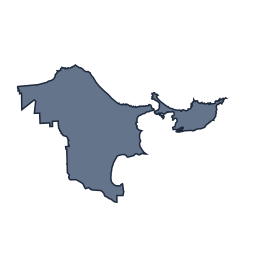 Bass Coast, Victoria, Australia, rotated 170°
{"feature_id": "25037944B92127790017854", "entity_name": "Bass Coast", "entity_type": "district", "adm_level": 2, "iso_a3": "AUS", "parent_name": "Australia", "parent_adm1": "Victoria", "projection": "orthographic", "projection_center": [145.362, -38.485], "detail": "fine", "context": "isolated", "style": "filled", "palette": "slate", "viewbox_px": 256, "rotation_deg": 170, "n_neighbors": 0, "source": "geoboundaries", "source_scale": "gbopen_adm2", "svg_char_len": 5837}
<svg xmlns="http://www.w3.org/2000/svg" viewBox="0 0 256 256"><g transform="rotate(170 128 128)"><path d="M199.8,187.1L209.1,186.3L229.3,188.0L229.7,186.9L229.3,186.2L229.7,185.8L228.7,184.7L228.9,184.2L229.7,184.2L229.8,183.9L229.1,184.1L228.8,183.7L229.1,183.4L228.5,182.7L228.8,182.3L228.6,181.9L228.8,180.5L227.0,180.8L226.9,180.2L229.4,164.4L215.5,171.9L214.3,170.4L217.7,158.7L212.4,158.0L213.8,147.8L204.2,146.6L204.7,143.0L202.0,142.6L201.3,147.7L195.6,146.9L196.2,142.0L196.2,139.5L195.9,139.3L195.6,137.1L195.3,137.1L195.0,136.2L194.5,135.7L194.8,134.4L194.1,134.1L193.8,132.6L193.0,132.4L192.6,131.5L190.3,130.5L189.5,129.5L189.2,129.0L189.3,128.1L188.5,126.5L189.1,126.6L189.7,121.6L189.1,121.5L189.2,120.1L192.7,120.5L192.8,118.0L192.0,117.8L194.0,104.2L194.4,103.5L194.1,103.5L195.5,94.4L194.5,93.1L194.0,91.7L195.0,89.9L194.9,89.0L194.6,88.8L194.7,88.1L193.8,87.0L188.3,86.2L186.3,84.7L183.1,82.0L181.8,80.3L181.0,76.8L180.3,75.6L177.3,76.1L175.9,75.0L175.7,74.1L175.2,74.1L174.3,73.3L165.6,71.1L164.2,69.6L163.0,67.6L162.9,65.7L162.3,64.6L161.2,64.1L158.6,61.6L157.4,61.2L154.5,57.9L151.8,56.8L150.7,63.4L144.6,62.4L143.1,66.5L143.4,67.4L143.0,73.8L143.2,74.1L144.7,73.5L145.5,72.6L147.3,72.6L150.1,73.4L151.6,74.5L153.3,77.1L153.6,78.1L153.7,80.0L153.4,82.8L152.7,85.0L152.7,86.3L151.9,87.9L150.7,91.8L149.2,94.3L148.6,95.9L143.8,101.9L142.7,102.5L139.9,102.8L138.4,102.9L135.5,102.2L134.5,101.1L134.0,99.8L133.1,99.3L126.9,99.9L125.2,101.3L123.7,101.0L122.5,99.9L121.5,99.6L117.9,100.5L116.7,99.7L114.5,99.2L116.5,101.2L117.6,103.3L119.2,107.2L119.5,109.5L119.3,110.9L117.8,113.0L118.2,114.5L118.3,116.6L117.9,119.0L116.4,121.8L114.8,122.9L117.6,124.1L119.1,126.2L119.3,126.7L118.9,127.0L118.7,128.3L119.0,128.4L119.6,131.1L119.0,131.4L118.9,132.2L118.1,132.1L118.4,132.7L117.8,133.9L117.4,136.0L115.4,138.2L113.5,138.4L111.2,139.4L109.2,139.4L106.6,140.6L104.6,140.4L103.0,140.9L99.5,141.0L99.1,141.2L99.3,142.3L101.1,143.3L101.2,145.0L101.6,146.6L102.9,147.4L103.6,147.1L103.8,146.6L105.2,146.5L106.9,146.8L107.7,146.5L109.0,147.0L109.5,146.7L111.0,147.3L112.3,147.0L112.6,147.5L113.3,147.2L114.8,147.3L116.5,146.8L116.9,147.9L118.2,147.5L119.1,147.9L119.2,148.4L119.7,148.0L121.1,148.7L121.3,149.6L122.8,149.6L124.2,151.3L125.0,151.2L125.6,151.8L126.2,151.2L126.6,151.9L127.3,151.6L128.5,152.5L129.4,151.9L130.1,152.4L130.8,152.2L132.5,153.2L132.7,154.1L133.3,153.8L133.8,154.0L139.1,160.3L141.6,164.3L145.1,168.6L149.2,174.3L151.5,178.5L153.4,183.5L155.1,186.5L155.8,189.1L156.4,189.3L157.5,190.6L159.0,190.5L160.9,191.7L162.6,194.2L163.9,195.4L165.9,196.2L169.0,199.2L170.0,198.4L171.5,198.2L172.2,197.5L173.2,197.8L173.6,197.3L174.9,197.1L176.6,197.7L177.1,197.0L177.7,197.3L178.2,196.9L178.9,197.2L179.1,197.9L179.8,197.5L180.0,198.1L182.3,199.0L182.2,198.5L183.3,198.6L184.2,197.8L184.1,196.7L185.4,196.3L186.0,196.5L186.3,196.1L187.8,196.6L187.4,195.5L188.4,194.9L188.6,194.2L190.2,193.4L190.7,191.7L192.6,189.2L195.4,188.1L198.3,187.9L199.8,187.1ZM89.0,136.0L87.1,136.4L86.9,136.8L86.0,136.5L85.9,137.0L85.5,137.0L83.8,136.4L80.7,136.2L80.0,135.2L80.1,133.5L80.9,132.2L82.2,132.4L83.0,131.3L82.1,129.7L82.6,128.1L82.0,128.0L80.8,129.3L79.0,129.2L78.4,128.5L78.3,126.2L80.1,124.6L81.5,121.3L83.9,120.8L83.8,118.6L82.1,118.5L79.9,117.7L79.7,118.0L78.8,118.1L78.1,117.5L77.7,117.6L77.3,118.7L75.4,119.2L77.1,118.4L77.1,117.7L76.6,117.2L75.8,117.4L75.8,117.9L75.4,117.7L75.5,118.3L75.0,118.4L74.8,118.9L74.6,118.6L74.1,119.2L73.5,119.0L73.6,118.5L73.3,118.9L73.7,118.1L74.8,117.9L74.9,116.7L75.3,116.9L75.9,116.8L75.9,116.5L76.1,116.8L76.7,116.4L77.2,116.6L79.3,115.8L81.7,116.4L80.5,115.6L78.1,115.1L72.4,115.4L65.8,114.6L64.7,113.9L63.8,114.2L63.7,113.5L63.6,114.0L62.7,114.0L60.5,115.0L56.3,114.6L52.3,115.4L50.4,117.5L47.6,118.8L46.5,119.7L45.9,119.6L44.8,120.6L43.0,121.1L42.2,120.7L42.1,121.7L39.5,124.5L39.4,125.9L38.5,127.2L38.4,129.3L37.3,130.7L37.5,132.9L37.0,134.7L36.1,135.6L34.6,135.6L34.1,136.2L33.1,136.6L32.4,136.5L31.7,135.5L31.3,135.5L30.7,137.0L29.5,137.5L29.5,138.5L28.2,139.7L28.1,140.3L29.1,140.7L29.3,140.3L31.2,140.1L31.6,139.6L32.1,140.2L32.3,140.2L32.6,139.5L32.6,140.1L33.0,139.6L32.9,140.2L33.5,139.6L33.5,140.0L34.1,139.4L35.5,139.0L36.5,139.5L37.6,138.8L37.8,137.4L38.9,137.0L41.7,137.3L42.2,137.8L42.4,138.5L43.2,138.3L42.9,137.4L43.8,137.0L44.3,137.2L44.9,138.7L45.5,138.3L47.6,138.2L48.1,138.5L48.5,139.3L49.9,138.9L50.6,139.2L50.9,139.6L50.7,140.3L51.6,140.3L52.5,139.6L53.2,139.8L54.6,141.2L54.9,142.7L56.0,142.8L57.0,142.4L57.1,143.1L58.0,143.4L58.3,144.5L58.8,142.9L59.3,142.2L60.0,142.2L60.5,141.2L60.9,141.1L60.5,140.8L60.7,140.4L61.0,140.4L60.8,140.1L61.6,139.6L61.4,139.2L61.8,139.4L61.7,138.1L62.3,137.9L62.1,137.5L62.4,136.9L63.7,136.0L65.4,136.3L65.8,135.2L67.9,134.8L70.4,136.4L71.5,136.3L72.3,135.9L72.3,135.3L72.7,135.2L73.1,135.5L73.6,136.6L76.7,137.0L80.0,138.4L80.5,139.1L83.3,140.3L84.8,141.6L84.8,142.1L85.7,142.3L91.1,148.1L93.6,151.6L94.3,153.0L94.4,153.9L94.1,154.5L93.0,154.9L93.4,155.2L93.3,155.5L93.6,155.4L93.9,156.3L95.5,156.7L95.8,158.1L96.7,158.2L97.9,157.6L98.4,157.8L98.5,157.1L97.8,156.1L97.8,155.5L98.3,154.8L98.7,154.7L98.5,154.1L98.9,154.1L98.8,153.5L99.5,153.0L99.2,152.3L97.0,151.8L96.4,150.5L95.1,149.8L93.6,148.2L92.9,147.1L92.7,146.3L93.5,143.9L93.5,142.7L94.5,141.2L95.4,140.5L98.8,139.6L99.3,139.1L98.9,138.5L99.0,138.0L98.3,137.8L99.1,137.9L98.0,137.6L98.1,137.0L97.5,136.5L96.4,136.4L96.0,136.7L95.3,136.0L95.3,136.8L94.7,136.7L94.5,137.2L93.7,136.7L92.8,137.1L92.1,136.9L90.4,135.2L89.3,135.8L89.0,135.7L89.0,136.0ZM91.8,131.1L91.4,131.2L90.4,133.2L91.2,134.1L92.5,134.3L93.5,135.4L93.7,136.1L94.2,136.6L93.9,135.4L94.1,134.9L93.4,134.8L93.1,133.2L91.7,131.8L91.8,131.1ZM77.8,116.9L79.6,117.1L79.9,116.9L79.1,116.5L77.8,116.9ZM26.2,140.3L26.6,140.7L26.9,140.4L26.2,140.3Z" fill="#64748b" stroke="#1e293b" stroke-width="1.5"/></g></svg>